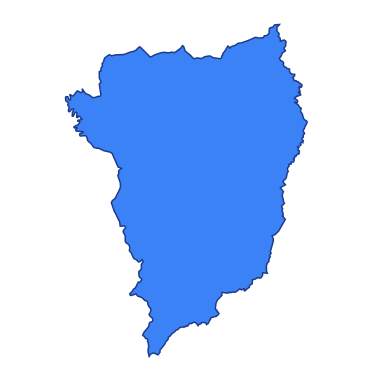 EA Hleo, Đắk Lắk, Vietnam, rotated 86°
{"feature_id": "81297802B9030212335391", "entity_name": "EA Hleo", "entity_type": "district", "adm_level": 2, "iso_a3": "VNM", "parent_name": "Vietnam", "parent_adm1": "Đắk Lắk", "projection": "mercator", "projection_center": [108.186, 13.232], "detail": "fine", "context": "isolated", "style": "filled", "palette": "blue", "viewbox_px": 384, "rotation_deg": 86, "n_neighbors": 0, "source": "geoboundaries", "source_scale": "gbopen_adm2", "svg_char_len": 5866}
<svg xmlns="http://www.w3.org/2000/svg" viewBox="0 0 384 384"><g transform="rotate(86 192 192)"><path d="M257.2,118.1L246.6,114.3L244.4,114.2L241.4,115.2L240.3,112.2L236.9,108.2L225.8,100.8L223.2,102.8L222.5,102.6L222.1,103.4L221.0,102.6L219.9,103.0L219.0,102.7L216.6,103.6L215.3,102.7L212.6,103.7L209.7,100.6L208.3,101.3L205.6,101.5L202.9,102.2L200.1,101.9L198.1,100.7L193.8,103.6L191.3,98.3L189.1,99.9L187.6,100.3L186.6,99.6L185.7,97.9L183.9,96.8L179.6,95.7L178.3,94.6L175.8,95.3L174.4,94.8L173.1,93.4L171.2,93.6L171.0,91.1L169.3,90.9L169.1,88.6L167.5,87.9L166.4,88.5L166.2,87.7L164.7,87.6L164.6,87.0L163.1,86.7L163.5,85.7L162.2,84.9L161.5,83.7L161.6,82.9L160.7,82.2L160.0,82.6L159.1,82.1L158.4,82.1L157.5,83.3L155.6,82.9L155.2,82.4L154.5,83.3L154.4,82.5L153.6,81.9L153.4,81.0L152.5,80.0L151.3,80.4L150.6,80.1L150.2,78.8L150.6,78.0L148.3,77.4L147.8,78.7L145.9,78.5L145.1,77.1L142.8,77.2L142.2,76.2L141.3,75.6L139.3,76.7L138.2,76.8L136.7,75.5L135.5,75.2L131.3,72.6L130.2,72.3L129.2,72.6L127.9,74.6L126.4,75.6L121.5,76.6L120.0,77.8L118.9,78.1L116.0,77.2L115.0,78.7L112.2,80.2L109.9,83.2L109.6,82.7L110.1,81.0L109.3,80.2L107.6,80.6L105.9,83.2L105.4,83.4L104.5,81.5L103.6,81.1L103.8,80.2L102.7,76.8L101.3,77.2L100.9,78.4L100.0,78.9L99.7,78.7L99.9,77.4L99.6,77.1L98.2,77.6L96.5,77.6L95.3,78.2L94.1,77.3L94.3,76.8L95.2,76.3L95.2,75.9L94.3,75.0L92.8,74.9L91.5,76.0L90.7,77.4L89.4,78.3L89.0,79.9L88.2,80.4L87.9,82.4L86.9,82.8L86.1,82.7L85.0,83.5L83.3,81.6L81.8,81.3L81.6,83.3L80.3,85.6L78.2,86.3L76.2,86.1L75.4,88.5L74.7,89.0L73.2,91.2L71.2,92.1L70.1,91.6L68.3,92.2L67.1,94.4L65.2,95.4L64.4,95.3L62.5,93.5L59.4,92.1L57.9,89.2L57.2,89.0L55.6,90.3L54.9,90.2L52.6,88.2L50.6,88.3L49.2,87.6L47.8,88.2L46.9,89.3L47.0,91.2L47.9,92.7L47.7,93.4L45.2,93.3L43.9,93.8L42.9,95.1L40.6,94.0L39.1,94.7L37.7,96.0L33.5,95.7L32.9,95.4L32.6,94.6L31.0,93.1L31.0,97.5L31.3,98.3L33.3,99.9L33.5,102.5L34.6,103.5L39.2,104.1L41.0,106.3L41.3,109.0L43.1,110.2L43.1,115.0L42.4,116.4L42.2,118.3L44.6,124.7L46.8,132.6L46.8,135.6L48.6,138.4L49.7,142.7L51.1,144.0L50.8,144.7L49.2,145.3L49.0,146.2L52.3,148.3L56.2,151.6L57.5,151.8L57.8,152.4L60.5,153.5L61.0,154.8L59.5,161.5L57.7,164.2L57.5,165.6L57.9,169.8L59.6,173.2L58.6,177.2L59.2,180.5L58.5,181.7L55.9,183.7L51.2,188.6L50.5,189.1L46.2,190.2L45.4,191.0L45.6,191.5L47.8,193.3L51.6,199.2L51.8,200.1L51.2,201.2L51.1,202.7L51.6,206.1L50.8,209.0L50.8,212.6L52.5,219.3L54.4,223.6L54.0,224.7L43.8,233.5L43.7,234.7L46.9,238.4L47.5,240.1L48.2,244.1L50.1,250.1L49.9,258.5L50.5,262.8L49.3,264.7L49.6,265.7L52.3,269.8L56.3,271.4L57.8,272.8L60.2,272.5L62.0,274.1L65.1,274.5L65.3,276.1L72.2,276.5L74.6,275.4L76.0,275.3L78.0,277.0L88.6,276.1L89.6,276.5L90.2,277.4L90.0,279.3L90.8,281.4L91.0,284.5L88.3,287.4L86.5,291.0L85.0,292.3L81.3,294.3L84.5,294.3L85.0,295.1L84.9,296.4L83.5,298.4L83.2,299.5L87.8,303.7L87.9,304.4L86.5,306.5L86.6,307.1L89.6,306.4L90.8,306.6L91.9,307.4L91.4,308.1L88.3,309.3L88.1,310.6L88.4,311.4L90.2,311.7L92.3,311.5L94.1,309.4L95.0,308.9L96.3,309.9L99.0,308.6L102.0,309.6L103.1,309.5L103.3,309.0L103.2,308.2L100.8,306.0L100.8,304.4L101.4,304.3L104.2,305.7L107.9,306.2L108.2,305.7L108.0,305.1L104.8,303.3L104.4,302.7L104.5,301.7L105.8,301.2L108.3,301.9L109.4,301.8L109.8,300.7L108.4,300.1L108.4,299.2L109.0,298.5L110.8,297.6L111.7,296.7L112.0,296.9L112.6,300.9L113.3,301.1L113.9,299.3L114.9,299.2L117.2,301.3L117.7,303.2L118.8,305.2L119.4,305.3L119.9,304.8L119.7,302.3L120.6,302.4L121.6,303.6L122.5,303.7L123.3,302.7L124.3,296.5L125.2,296.7L126.1,299.8L126.8,300.2L128.1,299.8L128.4,298.8L128.3,294.5L128.7,293.9L129.6,293.2L133.3,292.5L134.8,291.5L136.1,289.7L140.7,286.8L141.8,283.7L141.7,282.4L144.7,276.9L146.5,271.0L147.9,269.0L161.9,264.0L163.5,260.6L165.4,263.4L166.2,263.8L168.6,263.7L169.9,264.7L170.6,264.8L177.9,262.9L182.0,263.0L184.9,264.3L193.0,269.1L195.1,272.1L197.2,273.2L206.4,270.7L207.1,270.1L217.1,266.2L221.1,266.0L221.1,262.0L221.8,261.0L222.5,260.6L223.0,260.7L225.5,263.1L226.7,263.4L227.9,263.2L230.7,261.7L236.6,262.0L237.9,261.4L240.1,258.8L240.8,258.4L243.0,257.9L246.1,258.6L248.7,256.8L252.9,255.3L254.6,254.3L255.6,252.2L258.1,250.3L257.7,248.5L256.0,246.5L257.5,245.8L258.2,245.7L260.8,247.6L265.0,247.9L266.0,248.5L267.6,250.5L268.7,250.7L272.0,250.7L273.3,250.2L275.3,248.3L276.2,248.4L278.5,250.5L278.1,251.9L283.5,255.0L285.1,257.4L287.2,258.8L288.9,261.0L289.6,261.2L290.5,260.9L291.0,260.0L289.8,255.0L292.1,253.3L293.6,249.8L294.6,248.5L296.7,246.9L297.7,244.7L298.7,244.0L301.2,243.8L303.8,242.7L306.2,241.0L309.3,242.1L311.1,243.4L312.7,242.7L315.6,240.0L316.8,239.9L317.9,240.3L318.4,240.8L319.2,243.1L319.7,243.6L323.5,244.8L328.6,249.7L331.4,251.2L333.4,249.1L334.9,248.6L335.2,247.0L336.0,246.4L337.9,246.8L339.3,246.2L343.3,246.0L346.6,246.9L349.0,246.9L353.0,246.2L350.7,244.5L349.9,241.9L351.0,238.9L352.0,237.9L352.0,237.2L349.6,235.1L347.6,235.0L341.8,229.7L339.6,228.6L337.6,226.3L335.1,225.6L334.3,224.0L332.3,222.3L329.9,218.7L328.6,217.5L328.3,215.7L326.6,214.0L325.8,211.0L326.4,209.5L325.7,208.9L325.9,207.8L325.0,206.7L325.4,206.2L325.3,205.4L324.5,205.3L324.2,204.6L323.1,203.8L322.9,203.0L323.3,201.8L322.6,200.8L322.0,198.7L323.2,196.8L325.8,195.3L324.7,194.6L324.2,192.6L322.8,191.0L323.3,187.6L325.3,186.7L324.3,185.1L318.6,181.5L317.7,176.3L317.2,176.2L316.8,175.0L315.1,173.6L313.7,174.3L312.9,175.3L311.6,175.4L311.4,176.4L310.8,176.6L309.0,176.7L304.6,175.8L301.5,174.1L297.2,169.4L294.8,169.4L294.2,169.0L295.4,163.6L294.5,162.1L295.2,161.1L294.7,159.2L294.9,155.5L291.9,151.0L293.1,149.4L292.2,146.8L292.9,146.5L294.0,146.8L294.4,146.2L291.9,143.0L291.1,141.4L289.0,141.1L287.8,138.3L283.8,137.9L283.2,134.7L281.9,132.5L282.7,130.8L282.3,129.0L280.3,127.5L277.5,127.1L278.3,122.5L276.4,123.2L274.3,123.2L273.5,122.8L272.1,123.3L268.2,121.9L266.6,120.1L264.1,119.9L262.0,118.4L260.6,119.0L258.5,117.3L257.2,118.1Z" fill="#3b82f6" stroke="#1e3a8a" stroke-width="1.5"/></g></svg>